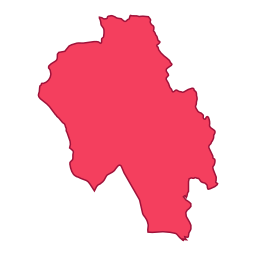 map outline of Bago (orthographic projection)
{"feature_id": "MMR-3268", "entity_name": "Bago", "entity_type": "Division", "adm_level": 1, "iso_a3": "MMR", "parent_name": "Myanmar", "parent_adm1": "", "projection": "orthographic", "projection_center": [96.396, 18.188], "detail": "fine", "context": "isolated", "style": "filled", "palette": "rose", "viewbox_px": 256, "rotation_deg": 0, "n_neighbors": 0, "source": "natural_earth", "source_scale": "10m", "svg_char_len": 5682}
<svg xmlns="http://www.w3.org/2000/svg" viewBox="0 0 256 256"><path d="M188.5,191.4L187.6,192.8L186.9,196.1L186.3,197.4L186.0,196.9L185.3,196.2L185.1,195.6L184.6,195.8L184.1,196.2L183.7,196.5L183.4,196.8L184.0,197.4L185.9,199.9L188.7,201.7L190.8,203.6L190.9,206.4L189.2,208.5L187.1,210.2L185.8,212.6L186.3,216.5L189.6,222.3L190.9,225.3L190.9,228.9L190.4,230.2L188.9,232.9L188.3,236.8L187.4,237.3L184.7,236.7L184.9,237.5L185.3,238.3L185.8,239.0L186.4,239.7L185.3,239.6L183.5,239.1L182.4,239.1L182.4,239.7L183.5,240.3L184.0,240.6L182.8,240.2L179.7,237.5L177.1,234.5L176.4,233.9L175.7,233.5L174.6,233.2L170.1,232.3L162.9,231.7L152.2,232.4L148.0,232.1L147.8,229.9L148.2,226.0L148.2,224.8L147.4,221.6L146.5,219.5L144.9,217.0L143.7,215.5L143.1,214.5L142.6,213.3L139.7,200.4L139.1,199.0L124.1,172.9L121.5,166.7L121.0,165.8L120.4,165.4L119.7,165.1L118.7,165.4L117.7,166.2L115.6,168.8L114.5,170.4L113.5,171.3L112.1,172.3L107.3,174.9L106.3,176.1L104.2,180.0L102.8,181.7L100.1,183.9L98.2,184.8L96.6,186.5L94.4,190.9L90.0,184.1L88.3,181.9L86.4,180.5L80.8,178.4L79.4,177.7L78.2,177.1L76.8,176.7L75.4,175.9L74.2,175.0L73.4,174.1L71.8,171.4L70.6,167.9L69.9,164.1L70.0,162.4L71.0,161.3L72.6,159.6L72.9,158.3L72.9,154.8L73.3,152.6L73.4,152.2L73.3,151.6L73.1,151.0L71.6,149.5L69.6,147.9L70.4,144.4L70.1,141.3L67.0,132.3L66.5,131.5L66.2,130.7L66.3,128.8L66.0,127.9L65.6,127.1L65.0,125.0L64.6,124.1L64.1,123.6L62.8,122.7L62.4,122.3L58.8,118.0L56.8,116.3L56.4,115.4L55.5,114.7L54.5,113.3L49.4,106.5L48.0,105.1L46.6,103.7L45.8,103.1L40.2,98.6L38.8,96.7L38.4,95.1L38.7,93.6L39.3,91.7L39.6,87.9L39.9,86.0L41.2,84.9L41.5,83.7L41.7,83.4L42.1,83.3L43.0,83.4L43.4,83.4L45.9,82.3L46.8,81.7L48.6,80.0L50.2,77.3L50.9,74.1L50.2,70.3L49.3,68.8L48.6,68.0L48.6,66.9L48.7,66.4L49.0,65.8L51.0,63.9L55.3,61.2L56.4,60.3L57.0,59.2L57.2,58.4L57.3,57.8L57.4,54.2L58.8,52.4L64.8,51.3L69.1,46.0L71.7,44.7L76.7,43.2L78.4,43.0L83.2,43.1L94.1,41.6L96.6,41.6L97.7,41.8L98.4,41.9L100.5,43.3L101.1,43.0L101.2,42.8L101.4,42.6L101.5,42.3L101.6,41.9L101.6,39.9L101.6,39.3L101.7,38.9L101.8,38.6L102.2,38.2L103.3,37.3L103.5,37.0L103.6,36.6L104.0,33.4L104.0,31.0L103.9,29.6L103.7,28.8L103.2,27.8L101.3,25.2L101.1,24.6L100.9,23.8L100.8,22.4L100.2,19.8L99.4,18.2L99.4,17.2L101.7,17.7L102.5,18.1L102.7,18.3L103.2,18.6L103.7,18.8L104.2,18.9L106.3,18.7L107.0,18.3L107.3,17.9L107.4,17.2L107.5,17.0L107.7,16.7L107.9,16.5L108.1,16.4L108.7,16.1L110.4,15.9L110.8,15.7L111.3,15.7L111.8,15.7L112.7,15.9L113.6,16.3L113.9,16.4L115.0,16.9L115.3,17.0L116.0,17.6L116.7,17.9L117.6,18.2L121.0,18.7L121.5,18.9L121.7,19.1L121.8,19.3L122.2,19.7L122.7,20.1L123.2,20.4L123.4,20.5L123.8,20.9L124.0,21.1L124.9,21.4L125.3,21.4L125.8,21.2L126.6,20.7L127.4,19.8L127.7,19.6L129.0,19.0L129.3,18.7L129.4,18.3L129.6,17.3L129.8,16.7L130.0,16.5L130.1,15.8L130.3,15.5L130.5,15.4L130.8,15.4L131.3,15.7L132.1,15.8L136.7,15.9L138.1,16.2L138.6,16.4L139.0,16.5L139.6,16.5L140.9,16.3L143.0,16.2L148.4,16.7L149.7,18.4L150.0,18.8L150.4,19.4L150.6,20.1L150.4,20.9L150.2,21.5L150.2,22.1L150.4,22.8L151.0,23.9L151.6,24.6L152.1,25.1L153.0,25.7L153.4,26.1L153.7,26.7L153.9,27.6L153.8,29.1L153.5,30.7L153.6,31.2L154.2,31.7L154.7,32.4L155.1,33.2L155.6,34.6L156.0,35.3L156.4,35.8L156.7,36.1L157.0,36.7L157.3,37.7L157.8,39.7L158.2,40.5L158.6,40.9L159.1,41.1L159.6,41.4L159.9,41.9L159.8,42.5L158.3,44.1L157.2,44.8L156.9,45.2L156.8,45.4L157.2,46.7L157.8,46.9L158.1,47.4L158.3,48.2L158.4,48.8L158.7,49.7L159.2,50.5L160.9,52.9L164.1,56.0L166.7,58.0L169.2,60.2L169.5,60.7L169.9,61.2L170.3,62.3L170.6,62.8L171.4,63.5L171.7,63.9L171.9,64.3L171.4,65.3L168.2,67.5L167.2,68.3L166.5,69.0L166.2,69.9L166.3,71.1L167.2,72.6L168.3,74.2L168.5,75.4L166.3,77.9L166.2,79.4L168.5,83.4L169.5,86.3L170.0,87.6L171.5,89.3L171.7,89.8L172.1,90.9L172.4,91.4L172.8,91.8L173.4,91.8L174.4,91.2L175.0,90.7L175.5,90.3L176.0,90.1L176.6,90.1L177.3,90.4L178.4,91.1L179.0,91.4L179.9,91.6L181.2,91.8L182.5,92.3L183.2,92.2L184.1,91.8L188.2,89.5L192.1,88.2L192.9,88.3L193.3,88.4L193.7,88.8L194.0,89.3L194.1,90.0L194.3,90.5L195.3,91.2L195.8,91.7L196.1,92.3L196.4,93.2L196.5,94.1L196.5,94.7L196.5,95.4L197.0,97.5L197.1,99.2L196.4,102.1L196.4,102.6L196.4,103.1L196.3,103.9L196.2,104.5L196.0,105.0L195.5,106.1L195.6,107.0L196.0,108.2L197.2,110.2L197.8,111.2L198.5,111.9L199.4,112.4L200.8,113.0L201.3,113.2L201.7,113.6L202.9,114.8L203.3,115.3L203.3,116.0L203.2,117.3L203.2,117.8L203.5,118.3L203.9,118.8L204.7,119.2L205.2,119.1L205.6,118.7L205.9,117.9L206.1,117.4L206.5,117.1L206.9,116.7L207.4,116.6L208.1,117.0L208.6,117.8L209.3,120.0L209.6,121.6L209.7,123.9L209.5,124.9L209.6,126.3L210.8,127.8L214.0,130.1L214.4,130.5L214.8,130.9L215.0,131.6L215.0,132.4L214.7,133.5L213.9,134.8L213.8,135.3L213.7,135.8L213.6,137.8L213.4,138.5L212.4,140.8L212.1,141.2L211.7,141.6L211.5,142.1L211.1,143.1L210.9,143.5L210.6,143.9L209.9,144.6L209.5,145.0L209.2,145.5L208.8,146.5L208.8,147.2L209.0,148.0L212.6,155.6L212.8,156.2L212.9,156.9L212.9,157.7L213.2,158.3L213.7,158.6L214.2,158.9L214.6,159.2L214.9,159.9L215.0,161.0L214.8,162.8L214.3,164.5L214.1,165.0L213.1,166.4L212.8,166.9L212.9,168.2L213.4,170.0L216.2,177.1L216.1,180.5L216.0,180.9L215.8,181.4L215.8,182.4L217.6,183.6L217.2,184.7L216.1,185.6L214.7,186.7L210.0,188.8L208.4,189.2L208.1,189.1L207.8,188.9L207.5,187.8L207.4,187.6L207.4,187.3L207.3,187.0L207.3,186.1L207.0,185.1L206.5,184.5L205.3,183.4L204.7,183.0L204.2,182.8L203.3,182.7L201.8,182.1L201.4,181.8L201.0,181.6L199.2,179.1L198.7,178.6L198.4,178.4L198.2,178.4L197.2,178.3L196.0,177.8L195.3,177.6L194.8,177.6L194.6,177.7L194.4,177.9L194.2,178.1L193.9,178.2L193.5,178.3L192.4,178.2L191.5,177.9L191.2,178.0L190.6,178.1L189.9,178.5L189.1,178.8L188.5,181.7L188.5,191.4L188.5,191.4Z" fill="#f43f5e" stroke="#9f1239" stroke-width="1.5"/></svg>